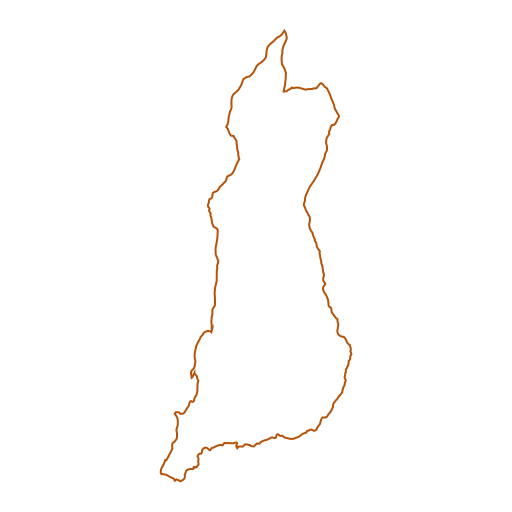 the district of Sibundoy, Putumayo, Colombia
{"feature_id": "7082276B87047054998240", "entity_name": "Sibundoy", "entity_type": "district", "adm_level": 2, "iso_a3": "COL", "parent_name": "Colombia", "parent_adm1": "Putumayo", "projection": "equal_earth", "projection_center": [-76.909, 1.238], "detail": "fine", "context": "isolated", "style": "outline", "palette": "amber", "viewbox_px": 512, "rotation_deg": 0, "n_neighbors": 0, "source": "geoboundaries", "source_scale": "gbopen_adm2", "svg_char_len": 6057}
<svg xmlns="http://www.w3.org/2000/svg" viewBox="0 0 512 512"><path d="M226.2,126.9L227.7,128.7L229.1,132.5L230.1,134.4L231.0,135.6L231.9,135.9L233.6,135.9L233.9,136.9L236.4,140.8L236.6,141.9L236.6,144.4L237.1,145.7L237.2,149.1L238.2,152.5L238.3,155.6L238.8,157.2L238.8,159.0L239.2,159.3L236.9,163.5L233.7,171.3L232.2,173.7L230.0,175.3L228.1,176.0L227.1,176.7L226.8,177.5L226.4,179.5L225.7,181.1L222.4,184.5L219.9,186.8L218.2,189.8L217.4,190.7L216.1,191.4L213.6,192.3L213.1,192.8L212.5,194.3L212.3,196.7L211.9,197.7L210.9,198.6L209.6,199.2L209.2,199.8L208.7,202.8L207.9,205.2L208.2,206.8L209.6,208.4L209.6,209.0L209.1,210.2L209.1,211.0L210.6,213.4L210.4,215.8L211.1,216.8L212.2,223.2L213.3,226.2L214.0,227.1L215.9,227.9L217.5,229.3L217.7,231.1L217.5,236.2L217.0,240.5L215.6,248.1L215.6,252.4L215.6,253.8L216.0,255.3L217.2,258.0L217.7,259.6L218.2,260.3L218.2,262.6L217.7,263.6L217.5,264.5L217.1,265.5L217.2,269.0L216.8,270.4L216.7,280.1L216.6,281.2L215.0,288.1L214.8,291.4L214.6,293.0L215.0,299.1L215.0,304.7L214.6,306.0L212.5,309.1L212.3,314.9L211.7,316.7L211.4,322.2L211.8,326.3L211.7,327.0L212.5,326.4L212.5,327.8L211.3,332.2L209.9,331.2L207.5,330.9L205.5,331.8L203.7,332.9L202.7,334.8L200.6,337.0L199.8,339.1L197.5,343.3L196.2,346.1L194.7,353.4L194.6,357.1L195.4,361.5L194.7,366.2L194.0,368.1L192.6,369.9L191.6,370.7L191.0,372.4L191.0,373.4L191.7,377.8L192.2,377.5L194.5,372.7L194.6,374.0L196.3,375.4L196.9,376.6L197.4,378.8L198.3,380.5L198.2,381.3L197.5,383.5L197.4,391.0L196.5,395.0L194.6,397.9L193.9,400.8L193.3,401.6L192.4,401.9L190.9,401.1L190.1,401.5L189.7,402.3L188.6,406.1L186.4,409.2L184.9,411.8L184.0,413.0L183.0,413.6L180.9,413.9L180.2,413.6L178.9,412.3L175.9,412.1L174.7,413.8L176.5,416.2L177.5,418.5L177.8,421.0L177.8,423.7L177.6,425.9L176.9,427.7L176.4,429.7L177.0,433.2L177.0,437.3L176.6,438.9L174.7,441.6L172.7,442.8L172.2,444.4L172.3,448.6L171.0,451.6L168.0,457.1L167.2,458.9L166.2,460.2L165.3,459.9L164.1,463.5L161.6,468.0L161.0,469.6L160.7,472.5L161.0,473.6L161.6,474.2L162.3,474.0L166.0,474.7L171.5,477.7L173.5,478.5L174.2,479.2L174.7,480.7L175.0,480.8L175.8,479.7L176.4,479.4L179.2,480.5L179.9,481.1L180.4,481.3L181.5,480.8L183.2,479.7L184.3,478.6L184.8,477.5L184.8,475.4L185.1,473.8L186.4,470.7L187.0,470.0L190.0,469.0L193.0,469.1L193.6,468.5L193.6,467.1L193.9,466.9L195.1,467.1L195.3,467.5L195.8,467.6L196.7,467.0L197.6,465.5L198.2,465.1L198.6,464.2L198.2,461.8L198.5,459.1L198.3,458.0L197.5,456.2L198.8,454.1L199.2,453.8L201.3,453.6L201.7,452.7L202.3,449.8L202.7,449.1L203.7,448.3L205.0,447.7L206.3,447.7L207.4,448.2L209.5,450.1L210.0,450.3L211.9,447.9L213.6,447.6L215.9,446.2L218.8,445.2L220.0,444.9L222.6,445.3L223.0,444.9L224.1,443.2L224.6,443.0L232.5,443.3L234.0,443.1L235.3,442.5L236.6,442.6L237.0,442.9L237.0,444.0L236.2,445.6L236.7,447.2L237.3,448.2L237.9,447.6L238.4,446.6L242.9,446.5L243.4,446.0L244.2,445.0L245.1,444.4L247.6,444.5L248.8,445.0L249.9,445.0L250.4,445.7L251.3,446.1L253.8,446.5L256.9,443.5L259.4,443.7L260.9,441.9L263.4,440.8L267.9,439.4L271.6,437.4L272.6,437.4L273.7,438.0L275.0,438.0L276.1,437.4L276.6,435.0L277.3,434.3L278.1,434.3L280.1,435.9L282.4,435.9L283.4,436.5L284.2,437.4L290.3,438.9L292.3,438.9L293.7,438.7L298.6,436.8L303.1,433.6L306.3,432.6L306.6,431.7L307.2,430.8L308.4,430.7L310.3,429.7L311.6,429.6L313.9,430.8L314.8,430.7L315.6,430.3L316.6,429.3L317.2,427.6L320.0,423.9L320.3,423.0L320.7,420.9L321.8,418.2L322.6,417.5L326.0,417.4L327.0,416.6L328.7,413.9L329.9,412.7L330.9,411.3L333.0,406.9L333.1,404.6L333.9,403.0L335.6,400.6L337.2,399.0L338.9,396.2L340.3,394.9L342.3,392.1L342.6,389.6L343.0,388.9L343.1,388.1L343.6,386.9L344.6,385.1L344.8,383.0L345.2,382.2L345.3,381.4L345.8,380.7L345.6,379.9L344.8,378.4L344.7,377.5L344.7,376.4L345.2,375.1L345.2,373.2L345.8,372.3L345.8,369.6L346.9,368.0L347.4,366.6L348.0,365.8L348.5,364.0L348.6,361.3L350.1,359.2L350.3,356.1L351.3,354.5L351.2,353.1L350.4,351.6L350.7,350.5L350.8,348.6L349.7,344.8L348.7,344.4L347.5,343.1L345.1,338.2L344.4,337.3L343.4,336.8L341.4,336.4L340.1,335.9L338.6,334.7L337.7,333.2L337.3,331.1L338.3,324.8L338.1,323.2L337.6,322.1L337.4,319.0L336.0,318.1L331.7,312.2L331.5,311.5L331.4,309.1L331.1,308.1L330.7,307.5L329.4,306.9L328.6,305.5L328.1,300.3L327.8,299.1L326.1,295.1L324.3,292.6L323.5,290.8L323.0,288.9L323.2,287.2L323.9,285.8L325.4,284.1L325.0,283.1L323.5,281.0L323.2,280.0L323.2,278.0L323.9,275.8L324.1,274.6L323.7,273.8L323.7,273.0L323.2,272.3L322.4,266.3L321.3,263.3L321.2,261.2L320.6,259.0L319.6,253.4L319.6,252.1L319.9,251.3L317.8,248.5L316.7,246.3L316.4,243.4L315.9,242.2L314.9,240.9L314.9,239.4L314.4,238.6L313.2,235.6L312.5,232.9L310.8,230.4L309.6,228.0L309.1,224.3L309.9,220.5L309.9,217.6L309.3,216.1L308.3,214.7L307.8,213.4L306.6,211.5L305.6,209.4L304.8,207.0L303.9,205.7L304.0,203.7L304.9,200.9L305.1,197.8L305.9,195.2L309.5,187.2L313.8,181.0L317.7,174.4L320.4,168.1L322.1,162.9L323.8,159.4L324.6,157.1L325.2,153.6L326.7,150.9L327.0,149.7L327.0,147.4L326.9,146.0L326.1,143.0L326.2,140.2L326.5,138.8L327.3,137.0L329.3,133.9L329.0,131.6L330.2,129.4L330.6,127.1L332.0,125.0L333.9,124.9L334.9,124.1L336.3,122.0L337.0,120.1L338.6,117.5L339.0,115.9L335.2,109.4L334.4,107.1L334.1,105.1L330.9,97.5L330.3,95.2L327.0,88.4L324.9,86.9L322.6,84.1L321.1,83.1L320.2,83.5L316.4,88.3L313.8,88.3L312.5,88.9L307.8,89.2L305.4,89.6L298.7,87.6L296.1,87.6L293.4,88.1L292.3,87.9L291.8,87.6L290.7,88.7L288.2,90.0L286.7,91.2L283.7,91.6L284.3,87.7L285.0,85.5L285.7,77.5L285.9,72.5L285.6,72.1L285.1,70.4L284.0,67.6L282.0,64.3L281.5,59.0L281.9,54.8L282.4,53.6L282.4,50.3L282.6,49.2L283.5,46.0L286.3,39.9L286.8,37.8L285.9,33.4L284.3,30.7L281.9,34.3L279.9,36.2L277.0,37.7L272.9,41.8L270.5,43.7L269.1,45.1L267.8,46.8L267.0,48.8L266.5,51.4L266.4,54.3L265.7,57.6L264.9,58.8L263.4,60.5L261.1,62.5L257.9,64.6L257.0,65.6L254.1,71.2L253.1,72.8L250.8,75.3L249.4,76.5L246.9,77.0L245.5,77.8L244.0,78.7L242.9,80.0L241.7,83.9L240.7,86.1L239.4,88.2L238.2,90.1L233.4,94.4L232.4,96.2L231.6,99.0L231.4,102.5L231.6,107.3L231.2,109.0L230.1,111.4L229.4,114.2L228.8,116.7L228.1,122.5L227.2,125.2L226.2,126.9Z" fill="none" stroke="#b45309" stroke-width="2"/></svg>